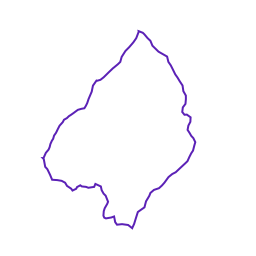 the district of Oghuz District, Oğuz, Azerbaijan, rotated 201°
{"feature_id": "54616110B99657283459996", "entity_name": "Oghuz District", "entity_type": "district", "adm_level": 2, "iso_a3": "AZE", "parent_name": "Azerbaijan", "parent_adm1": "Oğuz", "projection": "albers", "projection_center": [47.537, 41.048], "detail": "fine", "context": "isolated", "style": "outline", "palette": "violet", "viewbox_px": 256, "rotation_deg": 201, "n_neighbors": 0, "source": "geoboundaries", "source_scale": "gbopen_adm2", "svg_char_len": 1702}
<svg xmlns="http://www.w3.org/2000/svg" viewBox="0 0 256 256"><g transform="rotate(201 128 128)"><path d="M196.8,69.4L195.5,68.8L191.4,62.1L188.6,60.7L183.9,56.3L180.3,52.5L175.4,54.0L171.0,54.9L167.1,54.4L164.2,52.1L159.3,51.0L157.4,49.7L154.6,52.7L154.4,54.6L152.0,57.4L150.2,56.9L146.1,58.0L143.6,58.0L138.5,60.9L138.4,64.1L132.4,63.7L130.3,60.5L127.3,58.0L124.6,56.8L120.2,52.0L120.2,49.8L121.0,44.7L120.8,41.6L119.5,37.3L118.0,35.8L116.2,35.7L111.5,38.5L109.3,40.4L106.2,35.5L103.6,33.8L99.1,36.1L93.1,37.5L88.2,36.0L88.2,36.3L87.9,40.6L88.3,46.3L88.7,53.1L86.8,56.0L84.2,59.8L84.9,66.0L83.8,72.3L83.8,75.4L81.6,79.5L77.5,82.9L75.7,86.5L74.4,90.0L72.6,96.7L70.2,100.9L67.6,103.8L65.1,109.0L62.9,113.5L62.1,115.1L60.6,118.3L60.3,123.3L59.9,127.1L59.2,130.2L59.8,135.4L60.1,138.9L63.4,142.0L66.1,143.3L68.8,145.5L71.7,147.6L72.5,151.9L72.0,156.1L73.4,160.4L77.9,161.6L80.0,160.6L83.1,162.4L84.2,166.9L83.0,171.1L84.3,175.7L85.6,179.0L89.5,182.2L92.3,187.2L96.5,190.2L99.8,192.8L103.1,195.0L107.3,198.9L110.5,201.8L114.0,204.2L117.1,208.7L123.6,209.7L126.9,210.2L134.7,213.6L138.3,217.4L141.9,218.9L146.4,221.4L148.3,222.2L152.8,222.2L152.5,221.7L152.5,214.8L153.7,209.9L155.8,204.0L158.0,199.0L159.4,192.1L158.9,186.9L160.3,183.9L163.0,179.1L163.4,178.5L165.9,173.2L167.3,170.1L168.9,166.6L171.0,163.1L173.8,161.0L174.4,161.0L175.9,155.0L174.9,148.9L175.2,140.9L175.0,136.6L175.3,133.5L175.8,130.8L178.4,129.2L181.3,127.0L183.1,124.2L184.3,122.3L186.2,119.5L187.4,117.9L188.6,115.3L190.7,112.8L191.0,110.1L192.7,105.7L193.1,102.1L193.5,97.6L194.3,94.4L194.0,91.1L194.5,88.8L194.7,85.2L194.3,82.1L194.4,79.4L195.8,75.4L196.1,69.7L196.8,69.4Z" fill="none" stroke="#5b21b6" stroke-width="2"/></g></svg>